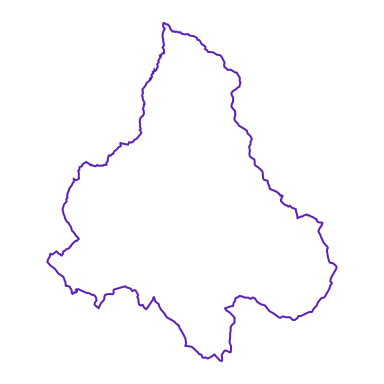 the district of Phong Tho, Lai Chau, Vietnam
{"feature_id": "81297802B47938422647464", "entity_name": "Phong Tho", "entity_type": "district", "adm_level": 2, "iso_a3": "VNM", "parent_name": "Vietnam", "parent_adm1": "Lai Chau", "projection": "equal_earth", "projection_center": [103.331, 22.615], "detail": "fine", "context": "isolated", "style": "outline", "palette": "violet", "viewbox_px": 384, "rotation_deg": 0, "n_neighbors": 0, "source": "geoboundaries", "source_scale": "gbopen_adm2", "svg_char_len": 5897}
<svg xmlns="http://www.w3.org/2000/svg" viewBox="0 0 384 384"><path d="M295.8,209.2L291.5,207.5L290.0,205.9L289.4,205.8L288.3,206.6L286.6,205.2L285.2,205.0L284.0,204.2L281.0,201.2L281.0,199.8L281.4,198.5L282.5,196.2L282.0,196.1L281.5,195.3L280.4,195.7L279.0,193.6L278.4,193.5L278.0,192.7L276.1,191.5L269.9,188.9L269.0,185.6L268.0,183.4L267.6,180.8L264.5,180.0L263.9,179.6L263.1,178.4L262.7,172.8L262.3,171.1L258.4,167.5L255.3,165.4L254.7,164.0L254.6,160.5L254.3,159.4L251.9,158.1L249.8,156.3L249.4,153.4L249.9,150.9L249.1,146.7L250.5,144.4L250.6,141.4L251.8,139.4L251.7,138.5L250.2,135.9L247.7,133.6L246.9,130.9L246.4,130.2L239.0,125.7L237.8,123.6L235.4,121.3L234.4,119.2L234.4,118.3L235.3,114.8L235.1,111.2L231.9,107.4L231.4,106.3L232.0,103.4L233.0,101.9L233.2,97.6L231.9,95.5L231.4,94.1L231.5,93.0L233.1,90.9L236.1,89.2L237.6,87.6L239.5,86.6L239.9,84.1L240.5,82.8L239.6,80.7L239.9,78.3L239.3,76.7L237.8,74.7L236.8,72.6L235.0,72.3L230.7,69.7L227.6,69.9L227.3,69.6L226.3,68.3L224.6,67.2L224.3,66.4L224.1,64.6L224.5,63.3L224.5,62.5L221.6,56.7L220.2,55.3L216.7,54.6L213.3,52.4L208.0,51.9L207.0,50.2L205.1,49.1L205.5,47.1L205.2,46.4L201.4,43.8L200.2,41.3L199.3,40.1L197.5,39.8L196.8,37.7L193.6,36.1L189.4,35.5L188.3,34.1L184.6,34.4L181.5,33.6L180.5,32.3L178.7,32.4L176.8,31.7L175.4,32.0L174.2,31.4L172.8,31.7L170.6,29.4L170.1,28.5L170.0,27.3L168.0,24.5L166.3,24.4L164.6,23.2L163.7,23.0L163.2,23.5L163.0,24.7L163.2,26.3L163.4,27.1L164.8,28.9L163.7,30.5L162.6,34.2L162.6,37.8L163.3,39.2L163.1,40.1L164.0,45.3L162.6,47.6L163.4,48.7L164.0,50.4L163.9,51.3L164.2,52.8L163.8,53.4L162.9,53.2L161.7,54.1L160.9,56.0L160.2,55.3L159.8,55.5L160.5,57.3L159.8,57.7L159.7,58.5L158.3,60.6L158.8,62.0L157.2,64.4L157.7,66.0L157.7,67.3L156.6,68.6L156.4,70.0L154.8,71.1L154.3,70.0L153.9,71.4L152.8,71.9L153.3,73.5L151.7,74.5L151.6,75.9L152.1,76.9L151.0,77.8L150.8,79.1L149.9,78.8L149.8,80.4L146.6,83.0L145.3,85.9L142.4,89.4L142.4,90.3L142.9,91.3L142.7,92.1L142.9,93.2L142.1,95.8L142.7,97.0L142.7,98.9L144.5,103.0L144.3,103.8L144.5,104.4L143.8,104.9L143.8,106.3L142.9,109.1L143.5,109.9L144.0,113.5L143.1,115.6L141.7,116.6L140.3,118.4L139.8,121.6L139.8,123.0L140.2,124.2L140.0,126.5L140.7,128.6L140.6,129.2L139.9,129.8L139.9,130.3L141.3,132.2L141.2,133.3L136.5,138.9L134.3,139.8L133.4,141.5L131.4,142.6L129.1,142.2L127.9,144.7L120.5,143.1L120.3,143.9L120.8,145.4L120.7,146.3L118.6,147.1L117.3,148.9L114.5,151.2L113.6,152.4L113.3,153.8L112.1,154.1L110.6,155.7L109.4,155.2L108.8,155.6L108.0,158.0L107.7,161.2L106.6,162.3L106.3,164.9L105.3,164.6L104.6,165.0L103.8,164.9L102.7,165.7L101.2,165.5L100.1,165.9L98.3,165.6L97.3,165.0L95.9,166.1L94.3,166.1L92.4,165.5L91.6,164.7L90.6,165.2L89.7,164.2L86.2,162.0L82.7,164.2L81.7,166.3L79.7,167.0L79.4,167.7L79.4,169.8L78.3,170.7L78.9,173.7L78.7,176.8L79.1,177.9L79.1,178.5L76.6,180.1L75.7,180.0L73.8,178.9L73.7,182.3L72.7,183.0L72.0,184.9L69.2,188.8L68.7,191.0L67.6,193.2L67.2,195.3L67.5,197.7L66.3,198.8L66.6,201.4L64.0,204.5L62.5,209.7L63.2,211.6L63.4,213.6L64.4,215.8L65.4,219.3L67.1,221.9L68.9,223.2L69.4,224.8L70.9,226.8L72.0,230.7L73.8,232.4L76.3,236.1L78.5,238.1L78.7,239.0L78.1,239.2L77.0,240.8L75.6,241.0L74.0,242.3L71.5,244.9L70.8,246.4L69.9,246.7L69.0,248.3L66.2,249.4L64.5,251.0L63.5,251.2L62.7,254.2L61.7,255.5L61.0,255.3L60.2,254.3L58.9,253.9L57.1,251.9L56.4,251.4L52.5,254.4L50.4,253.9L49.7,256.7L48.0,259.5L47.4,262.0L50.3,265.4L55.1,269.0L58.2,273.4L62.4,276.1L63.5,277.3L64.4,279.4L64.7,280.7L65.4,281.9L65.8,285.8L68.0,286.0L69.9,287.1L70.5,288.5L71.5,289.6L71.8,293.0L72.4,293.1L72.6,293.8L74.4,292.8L74.5,292.2L75.8,292.5L76.8,291.8L77.0,291.1L76.2,290.5L75.9,289.6L76.1,289.4L78.7,289.2L80.8,290.4L86.7,292.9L89.4,293.3L91.8,294.8L93.8,294.9L94.9,295.9L96.1,297.7L96.5,300.3L94.7,303.1L94.6,304.6L95.3,305.5L98.6,308.1L101.0,303.1L103.7,300.3L104.4,298.5L104.4,296.5L105.4,294.7L108.6,294.0L112.6,294.2L113.2,293.8L113.6,293.1L113.5,290.5L113.9,289.6L123.0,286.9L125.8,286.4L126.4,287.3L130.6,288.6L132.2,291.1L134.4,290.1L135.6,290.5L137.8,294.4L138.0,295.6L137.3,296.9L138.3,298.9L138.7,303.1L139.3,304.8L140.7,305.5L142.3,304.8L142.8,305.0L144.0,307.4L146.1,309.2L147.2,308.1L152.5,300.2L153.2,299.0L153.3,297.6L154.0,297.3L155.3,301.5L158.8,304.2L159.1,306.0L161.0,309.6L163.9,312.8L166.8,317.3L174.1,321.4L176.4,323.8L178.9,325.6L179.4,327.7L182.0,331.9L185.4,338.4L186.1,343.4L185.4,345.8L191.8,346.8L197.9,352.4L199.2,354.2L201.3,354.6L202.3,357.0L202.9,357.7L205.7,357.5L207.8,358.5L210.9,357.0L214.4,354.5L220.0,360.6L221.6,361.0L222.1,360.6L222.2,359.1L221.7,355.1L224.1,351.2L224.7,350.6L225.7,350.5L230.0,352.3L230.5,352.3L230.8,351.7L231.1,349.1L231.0,346.2L229.5,342.2L230.1,337.9L230.2,333.1L230.7,330.3L230.6,327.5L231.7,325.2L234.3,323.0L234.6,322.1L234.4,320.1L234.7,317.8L229.7,312.4L226.3,310.4L225.1,308.3L231.1,306.2L232.9,306.1L233.9,302.4L235.3,300.7L235.3,298.7L236.4,297.6L238.1,297.3L239.1,296.1L239.5,296.0L241.6,296.3L245.0,297.6L248.3,297.6L250.1,298.8L251.2,298.6L252.7,297.5L254.2,298.0L255.1,298.6L257.1,301.8L260.8,304.2L264.9,305.4L269.5,311.2L273.0,313.1L279.0,317.5L280.1,317.9L282.2,316.6L283.5,316.5L286.3,317.3L289.5,317.2L290.5,317.6L292.4,319.8L294.5,320.1L297.5,318.1L298.1,316.4L298.5,316.0L300.8,316.1L308.8,312.1L311.9,311.9L314.1,308.3L316.6,305.7L317.9,302.4L318.6,301.4L321.3,298.3L324.6,297.2L329.4,288.7L329.7,287.3L330.3,286.2L330.3,285.4L331.7,283.6L331.9,282.9L330.3,281.4L330.7,279.2L331.4,277.2L336.2,268.8L336.6,267.1L335.8,265.6L332.8,263.2L329.8,262.6L329.1,261.2L327.9,256.9L326.9,250.6L327.1,249.2L327.8,248.0L327.5,247.0L323.8,242.9L321.0,237.0L320.4,235.1L318.4,231.4L319.3,229.0L320.2,227.3L321.0,226.7L321.9,224.4L322.3,224.0L322.4,223.1L321.7,222.6L318.2,222.3L316.9,220.7L316.3,218.9L315.4,218.9L312.6,216.9L311.2,216.6L309.4,215.4L308.0,215.5L307.0,214.5L304.2,215.3L302.1,216.6L301.0,216.5L297.5,218.1L297.2,215.5L296.0,211.2L295.8,209.2Z" fill="none" stroke="#5b21b6" stroke-width="2"/></svg>